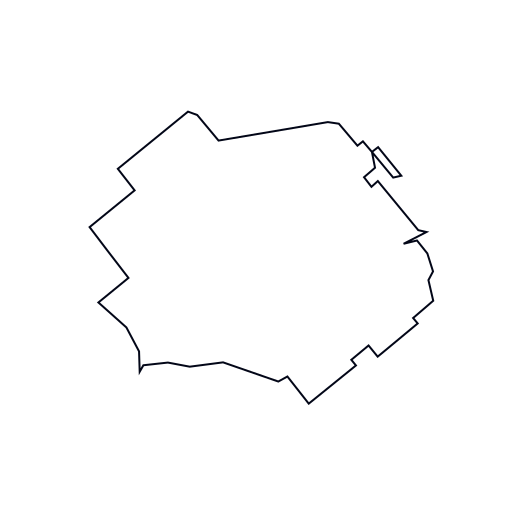 Macon, Georgia, United States of America (Natural Earth projection), rotated 50°
{"feature_id": "52423323B39498554570505", "entity_name": "Macon", "entity_type": "district", "adm_level": 2, "iso_a3": "USA", "parent_name": "United States of America", "parent_adm1": "Georgia", "projection": "natural_earth1", "projection_center": [-84.01, 32.351], "detail": "fine", "context": "isolated", "style": "outline", "palette": "ink", "viewbox_px": 512, "rotation_deg": 50, "n_neighbors": 0, "source": "geoboundaries", "source_scale": "gbopen_adm2", "svg_char_len": 763}
<svg xmlns="http://www.w3.org/2000/svg" viewBox="0 0 512 512"><g transform="rotate(50 256 256)"><path d="M404.2,149.0L385.3,139.4L381.6,130.3L364.2,123.1L347.6,122.7L341.5,135.1L347.2,110.0L340.5,115.1L276.9,114.5L277.2,123.1L265.1,122.6L264.9,108.1L250.8,100.3L236.9,100.4L236.7,107.4L207.9,107.5L199.6,114.9L143.5,210.5L110.2,210.4L101.7,215.3L101.4,236.7L100.4,305.8L127.7,306.8L126.9,364.9L155.5,366.3L190.8,367.8L190.3,406.6L227.4,401.2L253.9,406.9L269.9,419.5L267.3,412.5L281.0,392.0L298.2,377.9L316.3,349.6L366.5,319.6L368.5,309.4L403.0,310.5L404.1,249.8L396.8,249.7L396.9,227.3L411.3,227.5L411.4,216.8L411.6,175.5L404.5,175.5L404.2,149.0ZM287.9,93.1L251.1,92.5L250.8,100.3L284.1,100.5L287.9,93.1Z" fill="none" stroke="#020617" stroke-width="2"/></g></svg>